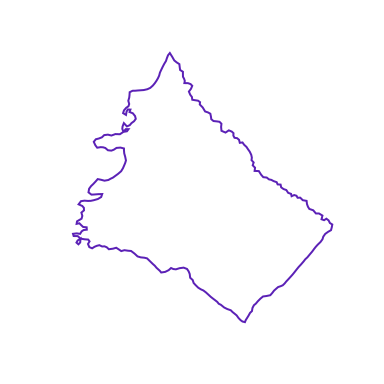 Lagoa dos Patos, Minas Gerais, Brazil (orthographic projection), rotated 74°
{"feature_id": "56859067B26771280465753", "entity_name": "Lagoa dos Patos", "entity_type": "district", "adm_level": 2, "iso_a3": "BRA", "parent_name": "Brazil", "parent_adm1": "Minas Gerais", "projection": "orthographic", "projection_center": [-44.664, -17.012], "detail": "fine", "context": "isolated", "style": "outline", "palette": "violet", "viewbox_px": 384, "rotation_deg": 74, "n_neighbors": 0, "source": "geoboundaries", "source_scale": "gbopen_adm2", "svg_char_len": 4075}
<svg xmlns="http://www.w3.org/2000/svg" viewBox="0 0 384 384"><g transform="rotate(74 192 192)"><path d="M78.9,224.4L81.7,225.4L83.9,226.3L86.8,228.1L90.1,228.1L92.1,229.5L92.9,232.0L94.8,234.9L97.2,236.5L99.7,234.2L96.6,232.7L95.0,230.9L95.8,228.5L97.9,230.0L100.0,227.2L103.3,225.8L106.2,225.9L108.0,228.2L109.1,231.2L110.6,233.4L111.0,236.5L107.0,238.5L109.9,240.7L112.1,241.6L115.3,241.3L116.6,245.4L115.2,249.7L115.5,253.9L113.7,257.0L113.1,260.7L114.6,263.5L114.9,266.8L114.8,269.9L116.7,272.6L120.5,272.0L123.3,270.9L123.7,267.5L124.5,265.2L125.8,263.2L128.7,261.3L130.0,258.1L129.8,255.6L128.8,252.4L129.6,248.5L131.4,245.4L133.6,246.0L136.3,246.5L139.6,246.5L143.5,246.8L145.8,248.3L147.9,250.0L150.1,251.8L152.5,254.4L154.2,258.1L155.3,261.1L156.4,264.1L156.8,266.6L157.4,269.1L157.0,273.0L155.1,276.2L153.6,279.1L155.3,281.7L157.1,284.7L158.5,287.4L160.5,290.0L163.8,291.6L166.8,289.4L167.5,286.4L168.2,282.9L169.2,278.9L171.8,280.7L172.8,284.4L172.8,288.8L172.6,291.7L171.9,294.5L170.7,297.7L170.2,301.2L172.6,304.4L175.2,301.3L177.4,300.3L179.9,300.9L181.3,304.0L184.7,304.0L187.2,305.5L187.9,308.3L188.5,310.6L190.8,311.7L191.0,308.9L193.2,307.7L195.6,306.3L196.9,303.0L199.2,303.5L198.7,306.7L199.4,308.9L201.4,311.1L200.0,314.2L199.4,317.9L201.7,317.9L202.9,314.0L206.1,312.0L207.9,308.2L209.1,304.9L211.2,304.1L213.3,306.3L216.7,305.9L218.6,303.5L217.8,300.8L217.5,298.3L217.6,295.7L219.6,293.4L220.1,291.1L221.6,289.2L224.1,287.7L224.7,283.6L224.7,280.2L227.0,278.2L229.3,276.3L229.3,273.0L230.8,269.7L231.9,266.8L235.4,264.2L238.9,262.1L240.7,259.3L242.0,256.0L243.4,253.5L246.9,251.5L250.4,249.5L252.6,248.1L255.1,247.0L258.8,244.7L260.9,243.8L261.4,239.8L260.7,236.0L259.3,233.1L260.9,231.2L261.9,228.8L261.8,225.0L262.4,220.9L264.6,218.0L267.4,217.1L270.2,216.8L273.9,217.4L276.8,215.6L279.9,215.5L282.5,214.2L285.7,212.4L288.1,210.2L289.8,208.2L292.2,206.4L294.6,204.9L297.9,202.9L300.4,201.1L302.4,199.6L304.6,198.0L306.8,197.1L308.3,195.4L311.9,192.9L314.2,190.4L316.4,187.3L318.6,186.1L320.7,184.6L322.9,183.1L326.0,182.0L328.6,180.6L330.4,179.2L331.7,177.0L329.9,175.6L328.4,173.9L326.5,171.8L324.2,169.5L323.0,167.2L320.1,165.8L317.9,163.7L316.9,161.4L315.2,158.9L313.4,155.7L312.0,152.5L312.5,149.2L312.8,145.2L311.2,142.7L309.4,140.3L308.2,137.8L307.1,135.4L307.0,132.9L306.7,130.5L305.5,128.2L304.0,126.1L302.7,123.9L300.8,120.8L299.1,118.1L297.5,115.8L295.4,112.9L293.5,110.2L291.7,107.2L289.4,103.7L287.9,101.7L286.6,99.1L284.4,95.9L282.4,92.9L280.3,90.2L278.8,88.1L277.3,85.7L275.5,82.3L273.4,79.6L271.1,78.1L269.0,75.5L267.8,72.2L267.0,68.9L264.5,67.4L261.9,66.1L259.8,68.0L257.0,68.5L254.7,70.2L255.5,72.8L253.9,75.0L250.6,73.1L247.6,75.9L246.8,78.8L243.0,80.5L240.6,83.9L238.1,84.6L235.3,84.8L232.1,84.3L230.4,87.8L227.3,89.5L226.6,92.1L224.4,92.6L223.1,94.6L223.5,97.4L221.1,97.3L219.3,99.8L216.1,100.8L214.4,103.2L212.1,105.0L209.3,104.8L208.3,107.6L205.9,107.9L204.0,110.6L202.2,112.4L201.1,114.5L198.7,116.2L197.4,119.4L194.4,120.8L190.3,122.0L189.0,126.0L186.0,124.7L183.1,126.3L180.6,124.6L177.8,126.0L175.5,125.0L172.6,124.8L169.1,125.4L166.3,126.4L163.7,127.2L160.9,128.9L158.3,129.8L157.9,132.5L154.8,132.4L152.7,133.8L151.6,136.2L149.2,136.7L146.9,135.9L144.9,137.1L142.9,139.6L144.1,143.4L141.3,146.8L137.5,146.1L134.5,144.9L132.1,146.2L131.0,148.6L129.7,151.8L127.3,153.4L124.7,153.0L121.8,152.8L119.9,154.7L118.2,157.2L113.7,158.4L110.0,160.4L107.9,159.5L105.9,161.0L104.5,164.0L103.4,166.3L100.6,165.9L98.0,166.9L94.6,167.3L92.5,164.5L90.0,162.5L87.9,163.6L86.3,165.8L85.2,169.3L83.2,168.3L81.0,168.4L78.7,168.9L76.4,168.3L73.9,167.6L71.4,169.8L68.0,169.3L65.6,168.9L63.2,171.0L60.6,172.8L56.8,173.7L52.3,175.0L54.0,177.4L56.5,179.3L58.9,180.9L61.1,183.3L63.4,185.5L66.2,188.0L68.4,189.9L71.1,191.5L73.3,193.4L75.3,195.5L77.2,197.8L78.9,200.3L80.4,203.4L80.9,206.6L80.7,210.3L80.0,213.6L79.5,216.0L79.0,218.6L78.3,221.3L78.9,224.4ZM115.3,241.3L113.3,238.3L114.1,235.7L115.7,237.8L115.3,241.3ZM206.1,312.0L207.1,315.3L208.8,317.0L211.0,315.6L209.7,313.4L206.1,312.0Z" fill="none" stroke="#5b21b6" stroke-width="2"/></g></svg>